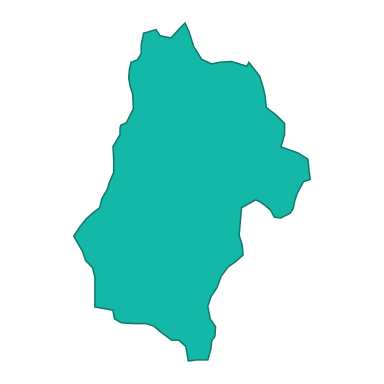 Jinan-gun, North Jeolla, South Korea
{"feature_id": "91817680B51132506733028", "entity_name": "Jinan-gun", "entity_type": "district", "adm_level": 2, "iso_a3": "KOR", "parent_name": "South Korea", "parent_adm1": "North Jeolla", "projection": "natural_earth1", "projection_center": [127.438, 35.818], "detail": "fine", "context": "isolated", "style": "filled", "palette": "teal", "viewbox_px": 384, "rotation_deg": 0, "n_neighbors": 0, "source": "geoboundaries", "source_scale": "gbopen_adm2", "svg_char_len": 1292}
<svg xmlns="http://www.w3.org/2000/svg" viewBox="0 0 384 384"><path d="M156.0,29.6L143.6,33.2L141.2,45.0L141.2,53.7L137.3,59.9L131.0,62.3L129.4,69.4L128.7,78.0L130.2,86.6L132.6,93.7L133.4,108.6L126.3,122.8L120.8,125.2L120.0,128.3L120.0,134.6L113.0,146.4L113.7,160.5L113.7,172.3L109.0,183.4L107.5,188.9L102.0,198.3L99.6,207.8L93.3,212.5L86.3,218.8L80.0,226.7L74.9,234.3L73.7,236.1L79.2,245.6L82.4,251.1L85.5,260.5L92.5,267.6L94.9,277.1L94.9,288.1L94.9,307.0L112.9,310.2L114.5,318.9L121.5,322.8L133.3,323.6L145.8,323.6L153.7,326.0L160.0,331.5L171.7,340.2L178.8,340.2L185.8,346.5L188.3,361.0L196.8,359.9L207.8,359.9L210.9,348.8L211.7,341.0L214.9,336.2L215.6,326.8L210.2,318.9L207.8,306.2L210.9,296.8L217.2,287.3L221.1,276.3L228.2,266.8L236.0,261.3L243.1,255.0L242.3,245.6L239.2,235.3L239.9,226.7L241.5,207.8L255.6,199.9L259.5,201.5L265.0,205.4L270.5,210.1L274.4,217.2L280.7,218.0L290.1,213.3L293.2,208.5L294.8,200.7L297.1,193.6L303.4,181.8L310.3,179.3L309.1,171.5L307.9,159.2L298.1,153.0L281.0,146.9L284.6,134.6L284.6,123.5L276.0,114.9L266.3,107.6L265.1,96.1L263.6,89.0L259.6,76.0L248.9,62.4L246.9,66.2L231.3,61.5L219.5,62.3L211.7,63.9L201.5,59.2L196.8,51.3L193.7,46.6L189.0,31.7L185.1,23.0L179.6,28.5L171.0,38.0L160.0,35.6L156.0,29.6Z" fill="#14b8a6" stroke="#0f766e" stroke-width="1.5"/></svg>